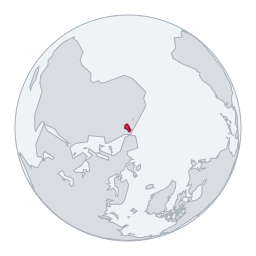 globe centered on Meknès - Tafilalet, rotated 170°
{"feature_id": "MAR-1452", "entity_name": "Meknès - Tafilalet", "entity_type": "Region", "adm_level": 1, "iso_a3": "MAR", "parent_name": "Morocco", "parent_adm1": "", "projection": "orthographic", "projection_center": [-5.04, 32.255], "detail": "fine", "context": "on_globe", "style": "filled", "palette": "rose", "viewbox_px": 256, "rotation_deg": 170, "n_neighbors": 0, "source": "natural_earth", "source_scale": "10m", "svg_char_len": 10401}
<svg xmlns="http://www.w3.org/2000/svg" viewBox="0 0 256 256"><g transform="rotate(170 128 128)"><circle cx="128" cy="128" r="113" fill="#eef3f6" stroke="#a8b0b8"/><path d="M34.4,65.3L34.5,65.2L40.6,57.0L44.4,52.5L53.1,43.9L62.7,37.2L60.0,39.3L62.6,37.7L66.2,35.1L67.9,33.8L81.8,27.1L94.3,21.7L96.3,20.5L97.4,20.6L99.8,19.0L102.0,18.4L103.4,18.1L100.3,19.0L100.7,19.0L105.0,17.9L106.4,17.7L109.3,17.2L110.6,17.3L107.5,18.3L108.3,18.5L111.3,17.7L114.5,17.5L109.9,18.6L115.0,18.4L110.8,20.8L97.6,24.8L96.5,27.2L85.9,34.5L88.1,34.3L85.4,37.3L86.9,38.3L84.5,39.7L87.8,39.3L89.7,37.9L91.7,37.4L92.8,37.9L89.9,39.6L89.0,39.6L88.7,40.4L86.8,41.1L88.3,41.1L84.7,43.3L89.8,42.0L88.2,44.5L85.4,45.8L83.8,44.5L73.2,45.2L69.9,46.6L66.9,49.6L65.2,57.4L62.4,59.7L59.9,63.6L62.3,62.7L65.1,59.4L69.1,59.1L72.1,55.4L74.1,54.8L77.9,51.8L79.4,53.6L78.8,57.1L75.7,59.9L75.3,61.6L79.9,60.3L75.8,67.0L75.9,74.4L74.6,76.2L69.0,76.8L64.8,73.2L57.6,75.2L64.3,75.5L60.9,80.3L61.2,81.9L62.6,82.7L64.7,81.6L64.0,83.7L57.1,83.9L57.6,82.0L59.8,81.8L57.8,80.3L53.1,81.1L51.8,83.8L46.1,82.9L45.0,84.9L43.2,86.0L45.3,82.8L41.5,88.8L34.6,90.5L29.4,101.2L32.3,90.7L31.9,87.6L31.0,85.1L30.1,86.7L30.2,81.9L28.1,82.0L24.0,88.9L21.4,96.4L21.6,100.8L23.2,98.5L24.2,100.8L20.3,108.1L21.6,114.6L19.6,121.1L19.5,126.3L21.0,127.9L22.2,132.3L24.2,130.0L27.0,130.7L25.9,136.5L28.3,132.9L29.2,137.2L35.3,142.6L34.6,143.5L39.6,154.8L46.8,162.5L48.5,167.6L47.4,169.6L50.3,171.9L50.4,173.6L63.6,182.0L71.6,188.8L72.2,194.3L67.2,198.3L66.7,208.8L58.8,208.2L59.5,211.7L58.1,214.5L53.0,210.9L57.3,215.0L56.7,215.0L54.2,213.0L55.5,214.2L47.8,207.1L40.8,199.4L31.8,184.0L29.5,179.4L25.0,171.1L19.2,152.4L19.5,148.2L18.8,144.4L21.1,140.1L21.3,131.5L20.8,129.1L19.6,130.6L18.5,121.2L19.3,113.8L22.2,89.7L23.9,85.3L26.0,80.6L37.9,60.6L27.7,76.8L29.8,72.8L34.4,65.3ZM27.7,104.4L29.3,115.1L26.8,112.4L27.6,112.1L27.5,108.6L26.8,104.0L25.1,102.2L27.7,104.4ZM31.8,101.3L31.4,99.9L32.0,100.8L31.8,101.3ZM68.5,33.3L66.1,35.1L62.4,37.7L64.2,36.1L68.5,33.3ZM75.8,29.2L75.1,29.8L72.2,31.0L73.5,30.3L75.8,29.2ZM97.4,19.8L95.2,20.5L96.8,19.9L97.4,19.8ZM109.5,17.2L111.1,16.9L109.5,17.2ZM76.9,51.0L77.4,51.4L76.4,51.8L76.9,51.0ZM78.0,49.4L76.5,49.6L76.9,48.9L77.8,48.8L78.0,49.4ZM114.3,16.8L116.5,16.7L113.8,17.0L114.3,16.8ZM79.8,49.4L77.7,47.6L78.3,46.4L82.3,45.1L79.8,49.4ZM117.5,16.7L123.0,16.7L123.8,16.4L124.4,17.6L119.6,17.0L116.0,17.4L117.9,17.0L117.5,16.7ZM89.8,37.3L87.8,38.8L88.5,37.1L89.8,37.3ZM89.7,36.3L88.9,32.5L92.3,30.7L91.9,32.2L95.5,29.8L97.6,30.8L96.1,32.4L93.5,33.3L96.3,33.0L89.7,36.3ZM123.9,18.4L124.8,18.7L123.3,18.6L123.9,18.4ZM92.6,37.0L92.1,36.3L95.0,34.7L96.5,35.9L95.1,36.0L92.6,37.0ZM95.5,28.7L97.9,27.9L100.3,28.4L101.6,28.2L98.0,30.7L95.5,28.7ZM95.0,36.6L97.2,36.5L96.8,37.8L93.2,37.6L95.0,36.6ZM95.2,33.8L96.6,33.2L96.3,33.9L95.2,33.8ZM96.5,42.7L95.9,41.7L97.3,40.7L96.5,42.7ZM98.1,36.4L98.2,36.0L98.7,35.5L100.1,35.8L98.1,36.4ZM99.9,31.0L100.4,31.5L101.5,30.0L103.3,30.5L100.6,32.1L102.5,31.6L103.1,31.8L100.2,33.0L99.9,31.0ZM103.0,34.7L100.2,37.3L101.0,39.3L99.7,40.1L98.6,36.8L103.0,34.7ZM101.6,33.6L102.2,34.5L100.3,35.0L98.8,34.7L101.6,33.6ZM105.5,30.3L103.4,29.1L104.1,28.8L105.5,30.3ZM103.6,35.2L104.3,34.6L103.9,35.2L103.6,35.2ZM105.4,31.6L104.5,31.2L105.3,30.9L105.4,31.6ZM106.3,33.8L105.4,34.6L104.3,34.4L106.3,33.8ZM106.2,32.7L107.4,32.4L104.5,33.8L105.7,32.6L106.2,32.7ZM106.2,31.4L106.4,31.1L106.5,31.6L106.2,31.4ZM110.9,34.3L107.4,36.2L105.1,35.7L108.8,33.8L110.9,34.3ZM148.3,17.2L148.1,17.2L137.5,16.2L142.2,16.5L142.4,16.7L144.9,17.0L148.1,17.4L147.7,17.2L159.4,20.3L169.7,23.6L165.9,22.0L166.1,22.0L173.8,25.1L181.2,28.7L188.4,32.9L195.2,37.6L201.7,42.8L207.7,48.4L213.4,54.5L218.5,61.0L223.2,67.8L227.4,75.0L231.0,82.5L234.1,90.2L234.9,92.4L233.6,88.9L231.2,84.9L232.7,91.1L236.0,106.6L238.4,116.1L238.6,122.5L234.1,113.2L230.5,105.3L229.9,108.1L224.4,104.4L217.9,111.7L216.1,110.0L215.1,112.6L211.1,112.8L207.9,109.9L205.9,111.7L214.1,119.3L216.2,117.3L216.6,111.4L218.6,114.7L222.3,115.5L221.5,128.2L210.3,146.0L207.8,139.3L191.5,124.0L191.1,121.4L191.0,121.2L190.7,120.8L190.7,125.2L187.4,122.0L197.8,133.8L200.1,139.6L210.2,146.6L209.6,148.2L212.4,149.0L219.5,140.9L219.9,143.4L217.5,157.3L206.3,178.7L207.0,187.2L204.7,195.2L195.9,203.7L194.8,208.7L189.9,212.2L188.4,215.2L183.4,219.4L175.9,224.0L165.1,227.1L165.9,225.0L162.7,221.6L159.0,210.5L163.3,203.6L162.9,198.6L154.9,188.2L156.8,180.9L154.3,178.3L149.3,179.8L146.2,176.6L143.1,176.8L122.3,180.6L115.0,175.9L104.3,160.5L107.4,154.5L106.4,147.1L126.6,121.1L132.6,122.2L150.5,116.5L153.0,117.0L152.8,123.2L167.8,127.4L170.3,121.5L182.0,121.9L188.5,119.1L187.5,107.4L176.8,111.7L173.1,107.1L180.2,99.2L189.3,95.8L188.1,93.9L180.8,91.9L181.3,87.3L178.0,91.0L180.5,92.3L178.6,94.8L176.2,93.8L176.5,92.1L173.3,92.3L172.8,100.8L175.3,103.1L167.9,107.1L171.3,111.4L169.9,114.4L163.6,108.2L163.0,105.4L152.5,99.6L152.5,102.9L162.3,108.7L160.0,108.7L160.0,113.6L158.1,109.8L147.4,103.1L139.7,106.4L132.6,119.3L127.5,120.7L121.9,118.8L121.7,106.8L133.2,104.9L133.2,101.1L128.6,96.1L132.4,96.1L131.9,94.0L136.0,93.2L139.5,87.4L143.2,86.2L142.4,79.7L144.2,78.4L144.2,82.5L146.2,84.9L155.4,82.3L156.5,80.6L155.2,76.7L157.9,76.7L155.4,73.3L159.6,70.3L152.5,71.3L150.7,67.2L152.0,63.4L150.2,62.4L148.1,68.7L148.4,71.1L150.7,72.9L150.4,80.2L147.8,82.1L143.2,75.4L138.9,77.5L137.2,71.7L143.9,57.5L147.9,54.1L159.1,56.0L159.5,58.7L155.6,59.3L161.3,62.2L159.8,60.3L162.0,60.4L161.0,57.0L162.5,56.9L158.8,53.9L160.6,53.5L162.9,55.4L162.7,50.4L165.8,48.9L165.0,47.9L163.3,47.1L168.3,46.0L167.5,45.3L165.6,45.3L162.8,44.0L159.7,41.4L161.6,41.2L163.0,42.1L168.6,43.8L172.0,46.5L172.4,46.1L170.0,43.7L163.1,41.6L160.7,40.2L164.0,40.8L162.6,40.4L162.0,39.6L163.2,38.7L159.6,37.9L150.6,30.7L152.0,28.5L156.0,29.6L151.7,25.3L153.6,23.7L151.8,23.7L148.6,22.1L147.9,22.5L146.8,22.4L138.2,19.1L137.6,18.3L131.8,17.5L130.9,17.6L131.0,18.0L124.4,17.6L123.8,16.4L125.9,16.2L124.1,15.8L129.2,15.6L132.6,15.5L139.2,16.0L141.3,16.2L140.3,16.0L140.6,16.1L148.3,17.2ZM121.7,134.6L121.7,136.9L121.7,134.6ZM200.4,97.7L204.9,95.1L200.2,89.8L201.5,88.4L199.4,87.2L199.8,89.4L194.4,85.9L195.3,82.7L193.4,80.2L191.8,81.0L191.0,87.6L198.8,92.5L198.9,95.9L200.4,97.7ZM35.6,142.7L36.2,144.5L35.1,143.6L35.6,142.7ZM25.7,114.3L26.4,115.7L26.5,117.2L25.8,116.6L25.7,114.3ZM33.6,124.4L34.8,126.3L33.3,125.4L33.6,124.4ZM29.7,116.6L32.7,123.2L29.6,122.2L27.9,118.1L29.6,119.5L29.7,116.6ZM29.8,104.0L30.1,105.2L29.5,106.0L29.8,104.0ZM32.2,102.0L32.0,101.8L32.2,100.6L32.2,102.0ZM61.3,80.3L61.9,80.4L62.9,81.5L61.7,81.8L61.3,80.3ZM71.9,82.9L70.5,86.3L70.7,83.9L68.7,84.7L66.6,80.8L73.8,76.9L70.9,79.2L71.9,82.9ZM65.8,74.9L66.3,77.6L65.5,74.8L65.8,74.9ZM125.2,84.2L127.3,85.3L126.8,87.8L122.0,90.1L122.6,86.4L125.2,84.2ZM130.4,86.3L127.2,79.4L130.1,77.9L129.0,79.9L131.2,79.6L130.1,82.7L136.0,88.3L136.0,91.0L127.1,93.4L130.0,91.0L127.7,90.0L130.4,86.3ZM114.0,67.0L112.6,64.7L120.6,64.4L120.9,66.6L116.2,68.8L112.9,67.5L114.0,67.0ZM87.4,47.8L86.3,47.5L87.1,46.9L88.6,46.8L87.4,47.8ZM96.1,42.3L92.7,49.0L91.3,48.9L91.0,53.3L87.2,54.8L87.6,51.8L84.5,56.4L83.3,54.3L81.6,57.6L82.8,50.8L81.6,49.3L84.3,50.3L87.8,49.0L88.9,47.9L91.3,44.0L90.5,40.5L93.8,38.8L96.3,38.6L97.0,39.2L94.6,40.0L97.3,40.3L94.4,41.9L96.1,42.3ZM124.1,40.8L121.1,40.9L125.9,42.9L123.0,44.0L123.8,44.2L122.4,45.9L122.1,48.4L120.5,48.6L121.1,49.5L120.2,50.8L120.5,52.1L117.7,53.1L117.8,54.9L116.4,54.4L117.3,57.2L115.4,55.6L114.1,57.3L116.6,57.9L101.3,61.9L96.3,65.2L93.2,68.9L90.4,66.1L91.6,61.0L95.1,55.5L100.3,52.9L98.1,52.3L99.9,50.9L100.9,52.0L100.5,49.5L102.3,48.7L105.3,44.7L103.7,42.0L104.8,40.6L106.3,41.3L106.3,39.4L109.9,39.8L110.8,38.8L115.2,38.4L117.6,40.5L118.4,39.3L121.8,39.1L124.1,40.8ZM112.1,34.2L115.7,36.1L115.9,37.8L108.2,37.9L106.9,38.7L101.9,39.1L101.8,36.7L103.2,36.8L104.6,36.3L104.1,37.3L105.5,36.2L107.5,36.3L109.1,35.6L109.8,36.3L112.1,34.2ZM154.8,114.3L156.6,114.1L159.1,113.3L159.1,116.5L154.8,114.3ZM147.4,109.8L148.9,109.1L150.2,112.9L148.3,113.2L147.4,109.8ZM148.5,105.6L148.8,108.7L147.6,107.2L148.5,105.6ZM145.4,81.7L146.8,80.9L147.4,81.7L147.1,83.3L145.4,81.7ZM137.7,48.0L135.9,47.5L136.1,46.9L133.4,44.7L135.3,43.8L137.7,44.8L137.7,48.0ZM186.3,110.1L185.1,112.9L183.8,112.3L184.5,111.5L186.3,110.1ZM172.0,115.2L175.8,115.5L172.0,116.1L172.0,115.2ZM139.3,46.6L138.0,45.7L139.8,45.9L139.3,46.6ZM136.6,43.1L138.4,42.9L135.2,43.4L136.6,43.1ZM217.6,185.9L208.6,201.6L205.1,203.9L205.9,200.8L210.2,192.1L214.8,187.2L217.4,182.2L217.6,185.9ZM238.6,116.7L239.7,120.7L239.7,122.9L238.6,116.7ZM153.7,39.6L155.3,43.5L157.7,46.2L161.0,47.2L157.0,47.6L153.3,43.5L153.7,39.6ZM150.8,31.7L147.9,31.1L148.7,30.5L149.4,30.5L150.8,31.7ZM149.4,32.0L146.8,33.0L144.8,32.1L147.3,31.5L149.4,32.0ZM143.2,39.3L143.5,40.5L142.1,40.4L143.2,39.3ZM165.2,21.7L164.9,21.6L163.1,21.0L163.5,21.1L165.2,21.7ZM125.6,18.4L124.9,18.7L124.8,18.4L125.6,18.4ZM146.5,22.7L145.0,22.5L144.9,22.0L146.5,22.7ZM140.8,21.8L141.9,22.4L139.9,21.8L140.8,21.8ZM144.6,24.0L142.0,22.8L145.6,23.8L144.6,24.0Z" fill="#d9dde1" stroke="#a8b0b8" stroke-width="1"/><path d="M131.1,129.0L130.6,129.1L130.4,129.1L130.3,129.7L130.2,129.7L130.1,129.8L130.1,130.0L130.3,130.2L130.4,130.3L130.5,130.5L130.4,130.7L130.3,130.8L130.4,131.0L130.0,131.2L129.8,131.3L129.5,131.3L129.3,131.3L129.1,131.4L128.9,131.7L128.7,131.9L128.5,132.0L128.2,131.8L128.0,131.7L127.9,131.6L127.7,131.5L127.7,131.3L127.7,131.2L127.6,130.9L127.5,130.7L127.5,130.4L127.6,130.2L127.7,129.9L127.7,129.7L127.4,129.4L127.2,129.2L126.9,129.2L127.0,128.9L127.1,128.7L126.7,128.6L126.6,128.4L126.8,128.2L127.0,128.1L127.3,128.0L127.2,127.9L127.2,127.7L127.3,127.6L127.2,127.5L127.0,127.3L126.8,127.2L126.6,127.0L126.3,126.9L126.3,126.7L126.2,126.7L126.1,126.4L125.9,126.2L125.7,126.1L125.8,126.0L125.8,125.9L125.8,125.7L126.0,125.6L126.1,125.8L126.3,125.9L126.5,125.9L126.8,125.8L126.7,125.8L126.7,125.7L126.8,125.6L126.7,125.5L126.8,125.5L126.8,125.4L126.8,125.2L126.9,124.9L126.8,124.7L126.7,124.5L126.7,124.4L126.7,124.2L126.8,124.2L126.9,124.3L127.0,124.3L127.3,124.2L127.5,124.2L127.5,124.3L127.8,124.6L127.9,124.8L127.8,125.1L128.1,125.2L128.2,125.3L128.2,125.5L128.3,126.3L128.4,126.5L128.5,126.6L128.8,126.7L128.9,126.8L129.1,126.9L129.2,127.1L129.3,127.2L129.3,127.3L129.5,127.3L129.8,127.4L129.9,127.5L130.0,127.7L130.1,127.8L130.1,128.0L130.3,128.2L130.5,128.2L130.8,128.2L131.0,128.2L131.0,128.3L131.0,128.6L131.2,128.8L131.1,129.0Z" fill="#f43f5e" stroke="#9f1239" stroke-width="1.5"/></g></svg>